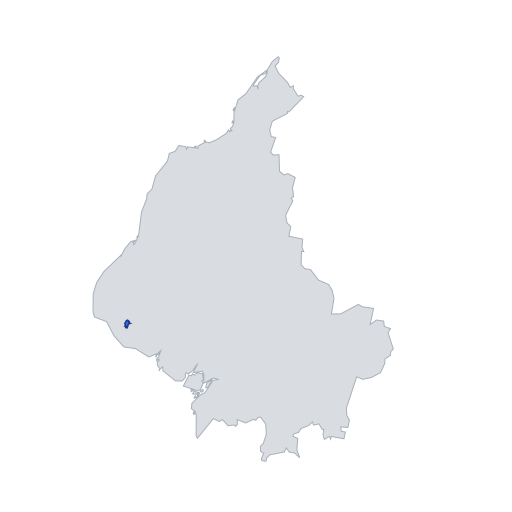 Boa Viagem, Ceará, Brazil shown in context, rotated 191°
{"feature_id": "56859067B12725266051245", "entity_name": "Boa Viagem", "entity_type": "district", "adm_level": 2, "iso_a3": "BRA", "parent_name": "Brazil", "parent_adm1": "Ceará", "projection": "equal_earth", "projection_center": [-39.829, -5.047], "detail": "fine", "context": "in_parent", "style": "filled", "palette": "blue", "viewbox_px": 512, "rotation_deg": 191, "n_neighbors": 0, "source": "geoboundaries", "source_scale": "gbopen_adm2", "svg_char_len": 5185}
<svg xmlns="http://www.w3.org/2000/svg" viewBox="0 0 512 512"><g transform="rotate(191 256 256)"><path d="M158.0,98.4L162.1,103.2L167.3,101.0L169.0,104.0L171.9,99.7L178.9,95.2L180.5,91.0L185.0,88.6L185.3,85.9L180.2,85.0L178.9,73.5L174.6,66.3L180.5,70.0L185.9,69.8L189.6,73.5L190.8,69.0L204.2,63.6L207.1,59.8L207.0,56.4L211.0,56.2L212.1,57.8L210.8,63.6L214.3,65.2L215.4,69.9L213.0,73.5L211.9,83.0L214.4,92.9L220.7,98.7L223.4,97.8L224.8,94.6L227.1,95.3L234.3,90.1L243.4,91.8L242.0,87.5L243.4,84.8L245.2,86.0L251.1,84.0L257.7,89.0L260.5,86.5L266.8,88.3L278.7,65.9L280.5,68.2L284.4,88.8L286.4,92.1L290.3,93.8L290.8,99.1L284.1,109.0L279.9,112.2L274.5,125.7L269.1,127.7L274.7,128.0L283.0,121.2L284.6,129.9L286.8,132.6L295.3,129.6L292.8,139.3L296.2,131.5L300.1,127.0L302.0,128.3L302.9,126.9L302.1,123.4L304.7,119.1L311.3,118.1L325.5,125.6L326.5,129.4L328.5,126.8L331.8,129.7L332.7,133.0L331.0,135.2L331.7,136.3L333.5,134.2L333.9,136.3L332.3,138.4L331.3,145.1L333.5,142.3L335.1,137.4L335.4,140.9L341.7,136.4L356.6,142.1L368.4,141.5L380.1,150.5L390.2,163.1L402.9,165.3L405.3,169.9L408.6,188.0L407.3,199.7L402.4,211.6L388.7,231.1L388.6,229.5L386.1,238.3L381.8,246.1L379.8,247.2L378.3,243.8L377.1,245.5L375.2,253.8L376.8,277.4L374.3,290.9L374.7,296.3L370.9,301.9L369.9,315.4L361.0,332.4L360.7,340.1L355.4,343.3L352.9,349.7L346.0,349.9L344.5,347.5L344.0,350.1L333.3,350.8L333.9,353.0L327.2,358.3L323.4,358.2L316.8,362.7L308.6,370.7L307.1,374.5L305.5,373.0L305.0,374.7L303.1,374.0L305.6,376.3L303.7,378.7L303.2,383.0L304.9,392.2L303.5,405.8L296.8,413.5L288.8,431.9L281.1,440.2L280.8,437.5L286.4,434.1L291.0,424.0L291.1,422.2L287.7,423.3L285.6,420.1L286.8,423.3L286.0,427.0L281.2,433.2L279.9,438.0L280.5,440.7L277.1,450.0L272.2,455.8L271.0,455.0L270.8,450.4L273.5,446.2L268.6,439.7L257.9,432.2L254.6,428.0L251.8,430.2L251.3,427.3L245.2,420.8L242.5,422.5L239.6,421.5L251.2,403.7L252.7,403.9L252.3,402.1L265.7,391.4L266.6,382.5L263.8,376.1L259.3,376.1L261.5,360.8L258.5,358.4L252.7,359.8L249.1,343.7L244.1,340.9L240.5,342.9L232.5,340.6L233.2,330.0L230.4,321.5L232.6,319.6L230.4,317.2L234.7,301.5L231.8,294.3L227.4,291.5L227.5,281.7L213.4,281.5L212.6,273.4L209.9,269.4L212.3,269.3L210.0,255.9L205.5,252.8L200.0,253.1L189.9,244.2L179.3,241.9L174.8,237.0L171.4,229.4L170.9,213.4L161.8,215.4L146.3,228.0L141.6,226.4L130.6,227.0L130.9,210.5L125.6,216.1L118.3,216.5L116.6,211.3L110.1,210.3L111.8,205.9L103.4,190.8L105.5,188.2L105.1,184.0L109.8,179.4L109.0,175.5L111.5,165.3L119.5,158.8L127.6,155.3L134.1,156.6L138.3,123.9L136.4,116.7L133.0,112.8L133.1,105.2L140.2,104.4L138.9,100.3L134.7,100.2L134.8,93.3L147.9,93.2L147.7,90.4L149.7,92.9L153.9,89.0L156.1,93.4L156.4,98.8L158.0,98.4ZM288.0,112.6L302.5,114.5L299.1,126.0L296.4,126.2L296.0,128.2L293.8,127.3L291.5,130.2L286.0,130.2L284.0,124.4L285.5,123.0L283.7,120.9L284.9,114.2L288.0,112.6ZM275.6,126.4L277.9,118.2L280.2,117.0L280.0,122.1L275.6,126.4ZM292.0,108.5L290.6,111.6L287.3,110.9L287.8,108.9L292.0,108.5ZM287.0,105.1L286.5,111.4L285.1,110.8L287.0,105.1ZM294.3,112.5L292.2,112.8L291.3,112.3L293.8,110.4L294.3,112.5ZM284.9,112.7L282.7,114.8L281.8,113.7L283.4,111.9L284.9,112.7ZM288.8,107.2L287.8,105.9L289.5,104.6L289.6,105.8L288.8,107.2ZM287.6,90.9L286.4,91.2L286.1,88.9L287.3,88.8L287.6,90.9ZM305.6,397.8L305.1,395.9L306.0,394.2L306.3,394.7L305.6,397.8ZM328.4,357.5L328.8,359.7L327.3,359.2L328.4,357.5ZM304.5,384.3L303.8,383.2L304.7,382.0L305.1,382.5L304.5,384.3ZM333.1,141.0L332.2,143.3L333.1,140.0L333.1,141.0ZM379.0,247.6L377.6,248.3L378.5,246.4L379.0,247.6ZM337.2,351.7L335.7,352.4L335.4,352.0L336.3,351.0L337.2,351.7ZM376.6,251.9L376.1,253.1L375.7,252.3L376.6,251.9ZM329.2,124.7L329.3,126.0L328.9,125.8L329.2,124.7Z" fill="#d9dde1" stroke="#a8b0b8" stroke-width="1"/><path d="M370.3,161.3L370.2,161.2L370.3,161.1L370.3,160.9L370.2,160.9L370.2,161.0L369.7,160.9L369.8,161.4L369.7,161.3L369.7,161.2L369.4,161.2L369.3,161.3L369.2,161.3L369.2,161.5L369.1,161.8L368.9,161.7L368.9,161.8L368.8,161.7L368.7,161.6L368.7,161.8L368.6,162.0L368.6,162.3L368.7,162.5L368.8,162.5L369.0,162.8L368.9,162.9L368.9,163.0L368.7,163.1L368.5,163.3L368.4,163.3L368.4,163.6L368.5,164.2L368.5,164.3L368.4,164.3L368.4,164.5L368.2,164.8L367.9,165.1L366.9,165.7L367.0,165.7L367.3,165.7L367.5,165.7L367.5,165.8L367.6,165.7L367.6,165.8L367.8,165.9L367.9,166.0L368.0,166.0L367.9,166.0L368.0,166.1L367.9,166.2L367.9,166.3L367.8,166.5L367.8,166.8L367.7,167.0L367.8,167.1L368.0,167.1L367.9,167.2L368.0,167.3L368.0,167.5L368.3,167.6L368.5,167.6L368.6,167.8L368.7,168.0L368.8,168.0L369.0,168.1L369.1,167.9L369.3,167.9L369.5,167.9L369.5,168.0L369.8,168.1L369.9,167.9L370.0,167.9L370.3,167.9L370.3,168.0L370.4,167.9L370.5,167.9L370.6,167.7L370.6,167.8L370.8,167.8L370.8,167.7L371.0,167.5L371.1,167.4L371.1,167.2L371.1,166.7L371.4,166.1L371.5,165.8L371.8,165.2L371.7,165.2L371.4,165.0L371.3,164.9L371.2,164.9L371.1,164.7L371.1,164.4L371.2,164.2L371.3,164.1L371.3,163.9L371.2,163.9L371.2,163.7L371.3,163.6L371.2,163.5L371.2,163.4L371.2,163.2L371.1,162.9L371.0,162.7L370.9,162.7L370.9,162.4L371.0,162.3L370.9,162.3L370.9,162.2L370.8,161.9L370.7,161.9L370.5,161.7L370.4,161.7L370.2,161.6L370.3,161.5L370.3,161.4L370.3,161.3Z" fill="#3b82f6" stroke="#1e3a8a" stroke-width="1.5"/></g></svg>